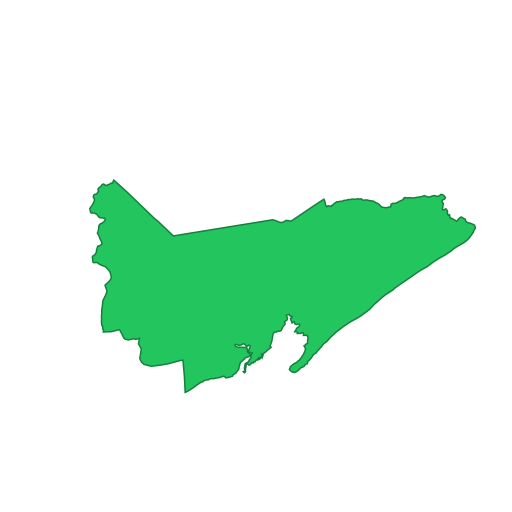 the district of Msambweni, Coast, Kenya, rotated 33°
{"feature_id": "3690345B18525828088972", "entity_name": "Msambweni", "entity_type": "district", "adm_level": 2, "iso_a3": "KEN", "parent_name": "Kenya", "parent_adm1": "Coast", "projection": "orthographic", "projection_center": [39.484, -4.373], "detail": "fine", "context": "isolated", "style": "filled", "palette": "green", "viewbox_px": 512, "rotation_deg": 33, "n_neighbors": 0, "source": "geoboundaries", "source_scale": "gbopen_adm2", "svg_char_len": 6137}
<svg xmlns="http://www.w3.org/2000/svg" viewBox="0 0 512 512"><g transform="rotate(33 256 256)"><path d="M270.9,409.0L272.4,406.5L275.1,400.8L276.7,396.2L277.8,393.9L278.3,392.7L279.0,391.3L279.9,390.5L280.3,389.1L281.7,387.0L282.6,386.6L283.6,385.6L284.3,384.2L285.3,383.2L286.2,382.7L287.1,382.1L289.8,379.4L290.8,378.6L292.4,376.9L294.1,374.6L295.6,374.2L297.0,374.7L299.2,372.7L301.8,369.5L301.4,368.5L303.0,364.9L302.9,363.3L303.2,360.8L302.9,359.5L302.0,357.8L301.9,356.6L301.2,355.2L301.0,353.9L302.4,348.7L302.6,347.4L303.1,346.2L304.2,345.3L305.0,343.7L305.1,342.4L304.1,341.4L301.8,341.3L300.6,340.7L300.1,339.6L299.4,338.9L298.2,338.0L296.3,338.8L292.8,340.9L291.1,342.1L289.9,342.6L288.8,342.9L287.7,342.7L286.8,342.1L287.7,340.7L289.5,340.6L290.8,340.0L292.2,338.4L292.9,336.7L293.9,336.2L295.1,336.3L296.9,336.9L298.1,336.2L298.5,334.8L299.8,334.4L300.7,335.4L301.2,339.3L301.7,340.1L303.0,340.2L304.3,340.0L305.6,339.4L306.2,342.8L307.0,343.7L307.3,344.9L306.9,346.1L307.3,348.8L305.6,352.2L307.3,356.2L308.0,357.2L309.4,357.9L309.3,357.0L308.4,356.2L308.3,355.1L307.0,352.6L307.0,351.6L308.0,351.1L309.6,351.3L310.3,350.4L310.7,347.7L311.9,347.3L311.9,345.9L312.9,345.1L312.8,343.7L313.4,342.5L313.7,339.6L314.4,340.2L314.7,341.4L315.4,340.0L315.2,338.6L315.4,337.6L316.6,338.2L316.0,335.4L315.1,335.8L314.1,335.5L315.1,334.5L316.1,332.1L316.8,329.4L318.4,324.3L317.3,324.4L316.6,323.0L315.6,318.6L312.9,312.4L312.7,311.5L312.9,310.1L313.4,309.2L314.4,308.9L315.6,306.7L316.6,306.3L317.3,305.6L317.7,304.3L317.1,301.2L317.5,297.5L317.1,296.6L315.8,295.6L316.1,294.6L316.8,293.4L316.8,292.2L316.3,291.1L313.8,289.2L314.7,287.8L315.7,287.0L316.8,287.6L317.9,287.6L319.1,287.0L319.7,288.1L318.9,289.5L320.2,290.7L322.7,292.5L323.1,291.2L323.9,290.4L324.9,291.4L326.3,291.8L327.2,291.5L328.6,289.9L329.6,289.6L330.5,290.8L330.4,291.8L329.6,294.1L329.5,295.1L329.8,296.3L329.6,297.5L329.8,298.5L330.7,297.7L331.6,297.4L332.5,297.5L332.8,298.5L333.8,297.7L334.8,297.2L335.6,296.5L337.1,294.7L338.3,295.4L339.0,296.8L341.1,295.3L342.3,294.8L344.6,296.6L344.9,298.1L346.8,301.3L345.9,302.6L345.7,304.0L345.2,305.2L346.2,305.8L347.4,306.1L348.1,307.1L348.9,309.3L349.4,313.6L349.2,314.9L349.4,316.2L349.1,318.4L349.0,319.9L348.5,321.1L348.0,323.2L346.3,326.1L345.2,329.9L345.7,332.9L347.3,333.4L349.3,333.6L350.5,333.3L351.7,332.7L352.8,331.3L353.9,328.5L354.5,325.1L355.3,324.4L356.5,322.0L356.4,320.5L357.7,318.2L357.1,317.0L356.8,316.0L357.4,314.8L357.7,313.2L357.9,311.2L357.9,307.9L358.3,306.4L359.3,304.3L359.2,302.4L359.9,299.2L359.9,297.9L360.3,296.6L360.5,293.4L360.7,292.4L362.0,289.1L362.7,283.9L364.6,276.4L365.4,274.2L367.5,268.1L370.3,261.3L375.0,252.4L376.6,249.0L379.5,241.3L380.3,239.0L380.7,236.8L381.4,232.7L384.3,222.2L385.8,217.7L389.3,209.9L389.9,207.3L392.5,200.7L395.5,193.8L400.7,180.8L402.7,176.6L405.2,172.1L408.0,164.5L410.7,158.5L414.0,152.2L417.1,145.0L417.8,142.4L419.4,138.7L423.1,131.5L424.4,127.9L425.1,124.2L425.3,118.0L424.9,116.1L424.7,112.9L422.5,111.1L419.7,111.4L417.4,111.9L415.8,112.7L414.3,112.8L412.6,112.3L411.3,111.1L410.2,111.4L407.1,111.4L406.3,112.3L405.6,115.0L405.7,116.8L405.2,117.6L404.0,117.5L402.7,117.7L400.4,117.7L399.3,117.9L398.6,118.5L397.6,118.2L397.0,117.1L395.8,116.0L395.3,117.0L394.0,116.7L391.9,113.9L389.5,113.0L388.3,115.0L387.4,115.7L386.7,114.9L384.7,110.4L384.0,109.7L382.8,109.4L382.0,108.5L382.2,106.9L383.0,105.8L383.3,104.8L382.9,103.7L381.6,103.2L380.4,103.0L379.1,103.0L377.6,103.5L376.8,106.0L376.1,106.7L375.1,107.4L374.1,107.9L373.1,107.9L372.3,108.5L370.8,110.0L370.4,110.9L369.8,111.6L368.7,112.5L367.1,113.1L364.3,113.7L363.0,115.5L361.9,116.6L355.7,122.2L353.7,123.0L351.8,124.5L350.4,125.4L349.2,125.8L348.5,126.4L348.7,128.0L348.2,129.4L346.6,131.8L345.3,134.3L344.6,135.4L343.3,136.7L342.2,137.1L341.1,138.9L341.5,139.9L342.2,140.8L341.9,141.7L340.9,142.5L339.3,144.3L338.2,145.0L335.2,146.4L333.8,146.4L330.6,145.5L326.9,146.1L325.8,145.9L324.5,146.1L323.4,146.5L322.5,147.1L320.9,147.6L320.0,148.2L318.8,148.4L317.2,149.4L316.2,150.4L315.3,150.9L314.3,150.8L312.9,150.8L311.9,151.9L310.4,152.4L308.4,154.4L306.5,155.3L305.2,156.2L304.6,157.1L303.7,157.8L302.8,158.2L301.5,159.9L299.5,161.4L298.4,163.2L296.4,164.6L295.6,165.7L294.4,166.3L293.4,168.3L293.0,169.5L292.9,170.6L292.0,172.3L292.2,173.4L290.8,173.8L289.1,174.6L288.6,176.1L286.9,175.6L284.1,172.8L282.0,171.4L276.7,183.4L266.7,207.1L266.0,207.9L263.2,209.0L261.8,209.9L260.2,213.1L258.0,214.7L253.0,215.7L250.3,216.5L175.7,284.2L154.5,280.2L150.3,279.8L112.5,272.5L95.4,269.8L95.6,271.5L96.1,272.7L94.7,273.9L94.0,275.7L93.0,276.8L92.5,277.9L91.5,278.8L90.3,278.5L88.7,278.8L88.0,280.1L88.1,281.2L87.8,282.5L87.1,284.7L87.0,285.7L87.4,286.6L88.7,287.4L88.5,290.9L87.3,292.0L86.7,293.1L87.4,295.2L89.4,296.3L90.1,297.0L90.6,298.9L90.9,301.8L91.0,303.3L90.7,305.5L90.9,306.9L93.5,309.5L94.8,309.6L95.6,308.8L96.7,308.2L98.8,307.8L99.9,307.8L102.4,308.8L103.9,309.0L108.2,306.9L109.3,306.8L109.7,307.7L109.9,309.2L109.7,310.4L108.7,312.8L108.0,313.6L107.8,314.6L107.7,315.9L108.2,317.2L109.0,318.3L110.4,322.1L110.5,323.2L113.6,324.8L115.4,326.3L118.4,328.0L119.3,328.7L120.1,329.7L120.1,330.7L119.2,332.6L117.9,334.0L119.2,338.3L120.1,339.8L120.1,342.2L119.6,344.3L119.0,345.2L119.6,346.4L120.6,347.4L122.3,349.6L123.1,350.1L124.0,349.7L126.0,348.1L128.8,348.2L130.5,348.1L135.6,347.0L136.8,347.2L141.6,348.6L142.6,349.2L145.9,352.2L146.6,353.5L146.8,354.9L146.5,357.8L145.8,360.8L145.2,362.2L145.8,363.3L147.4,364.4L149.7,366.2L150.4,367.2L151.1,370.0L151.8,376.0L152.1,377.1L155.4,383.8L155.8,384.9L157.6,387.6L159.3,390.9L160.2,392.0L162.5,395.8L164.3,397.9L165.0,398.5L166.0,398.7L166.6,399.5L167.0,400.5L169.0,401.8L169.3,402.9L175.7,398.4L181.7,392.1L185.8,394.3L189.6,396.7L190.6,397.0L191.7,396.9L193.9,396.2L194.9,395.7L197.4,393.3L198.6,391.7L199.7,391.8L200.7,391.4L203.1,388.4L205.2,393.6L210.4,396.4L214.4,405.3L217.8,407.4L221.0,407.9L227.2,405.9L228.6,405.2L234.8,400.0L241.1,394.2L249.6,384.7L251.5,383.2L261.6,396.1L270.9,409.0ZM309.4,357.9L308.8,359.1L308.3,360.0L310.0,360.2L310.2,358.6L309.4,357.9Z" fill="#22c55e" stroke="#15803d" stroke-width="1.5"/></g></svg>